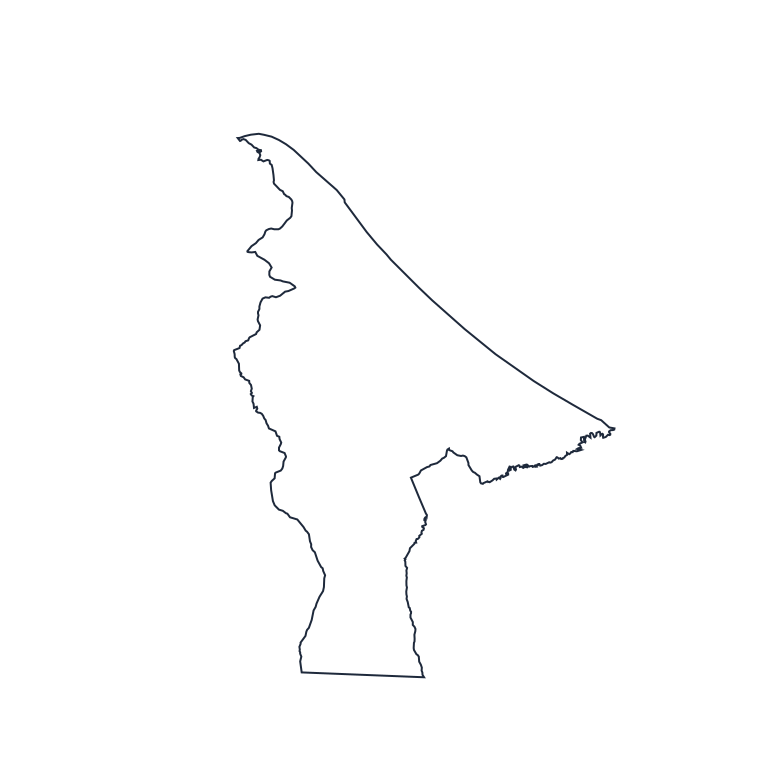 Pococi, Limón, Costa Rica, rotated 336°
{"feature_id": "36466004B96368575688704", "entity_name": "Pococi", "entity_type": "district", "adm_level": 2, "iso_a3": "CRI", "parent_name": "Costa Rica", "parent_adm1": "Limón", "projection": "albers", "projection_center": [-83.671, 10.502], "detail": "fine", "context": "isolated", "style": "outline", "palette": "slate", "viewbox_px": 768, "rotation_deg": 336, "n_neighbors": 0, "source": "geoboundaries", "source_scale": "gbopen_adm2", "svg_char_len": 6165}
<svg xmlns="http://www.w3.org/2000/svg" viewBox="0 0 768 768"><g transform="rotate(336 384 384)"><path d="M567.7,505.4L564.7,502.5L547.7,479.3L534.7,461.2L522.0,442.2L498.0,402.1L479.9,366.4L462.1,327.3L455.1,310.3L440.8,273.2L439.0,266.7L434.4,253.7L430.0,238.2L422.0,202.1L422.9,199.3L419.7,187.6L408.3,162.9L404.5,151.8L396.7,133.4L392.0,125.1L387.2,118.3L381.9,112.3L375.7,107.5L371.4,104.5L363.8,102.1L357.5,100.9L352.3,100.5L350.4,99.8L351.3,103.4L352.0,103.5L353.2,103.0L355.2,103.1L356.9,104.7L358.4,109.0L360.3,111.4L361.6,115.1L363.4,116.6L364.7,119.0L366.7,120.3L366.4,121.4L365.1,121.7L363.8,119.8L362.8,119.5L362.8,120.5L364.2,122.4L364.1,124.6L362.5,126.3L361.0,127.2L360.3,128.3L362.7,129.0L364.4,131.6L368.4,131.8L369.8,132.8L370.3,133.7L369.4,136.2L370.5,138.2L369.9,141.6L368.0,148.2L366.3,153.2L365.3,154.5L365.0,156.2L367.9,164.3L369.9,166.7L370.0,170.0L370.7,170.9L371.3,172.7L373.1,174.4L374.4,177.8L374.5,179.6L374.1,181.2L371.3,185.7L370.5,188.1L367.7,193.0L366.0,194.0L361.7,195.1L355.2,198.7L352.1,199.7L350.5,199.7L346.8,198.1L344.2,196.1L341.9,195.6L339.0,195.7L337.7,196.4L335.7,198.6L332.8,200.7L328.0,201.4L324.3,203.2L319.0,204.2L313.2,207.1L313.1,207.8L314.3,208.7L316.7,210.0L320.1,211.0L320.4,215.4L325.4,222.0L328.1,227.0L328.7,231.9L325.1,234.5L323.6,237.7L323.5,239.7L326.7,244.3L331.7,247.4L333.3,249.1L339.0,253.1L342.2,258.5L342.2,259.9L340.9,260.2L334.5,260.2L331.2,259.4L325.0,261.1L320.6,260.8L317.7,258.3L315.9,258.1L314.1,258.5L310.9,256.6L307.8,256.6L304.4,259.2L301.7,262.5L300.7,264.8L298.2,266.9L297.6,268.3L297.3,270.2L294.8,273.6L294.4,275.3L294.7,280.0L292.3,283.8L288.7,285.0L287.5,286.3L280.3,286.7L279.4,287.2L277.7,288.9L274.9,288.6L273.6,289.4L271.7,289.6L269.7,290.5L268.1,290.5L266.6,292.4L260.9,292.1L260.2,292.8L259.7,295.9L258.6,298.7L258.6,299.9L259.3,301.1L259.7,306.5L257.2,312.7L257.2,314.3L258.0,316.3L257.6,316.9L256.7,316.8L256.5,318.4L258.5,320.8L259.0,323.3L262.1,326.3L261.4,328.2L262.1,330.8L261.3,334.5L259.5,336.4L259.7,338.4L258.2,339.0L258.5,340.7L259.7,342.0L258.8,342.5L256.7,346.5L256.8,348.9L255.5,353.0L258.5,353.1L258.2,355.0L256.3,356.4L256.1,357.0L257.3,358.9L259.1,360.0L260.2,361.5L260.7,363.9L260.6,366.8L261.2,368.8L260.7,372.2L261.1,374.9L260.8,377.8L265.6,383.1L265.2,387.8L266.9,389.6L266.2,391.9L266.3,395.7L265.3,396.9L262.2,399.4L261.1,401.9L261.5,403.0L265.1,406.6L265.0,410.3L264.5,411.1L260.7,414.0L258.5,417.9L256.7,419.9L254.5,421.1L249.2,420.9L248.2,421.2L245.7,425.7L242.1,426.9L240.3,428.0L237.7,435.1L234.9,445.8L234.8,450.4L236.9,456.0L240.0,458.7L241.9,462.2L243.0,463.2L243.9,467.5L249.7,472.5L252.3,481.9L252.8,486.1L253.6,487.6L254.3,490.7L252.4,497.6L252.3,500.8L251.1,503.3L251.2,506.8L252.4,509.6L251.5,518.4L252.1,525.6L253.0,527.4L252.4,530.2L252.4,534.8L250.4,537.2L246.5,545.1L244.1,548.4L238.6,552.1L233.0,557.2L230.9,559.8L227.6,562.2L222.0,570.1L216.2,576.2L213.8,577.3L212.4,578.6L209.8,582.2L202.6,586.3L202.2,587.4L199.8,589.7L199.1,592.3L198.2,593.7L198.3,595.0L197.7,596.3L197.6,599.4L194.6,603.3L191.5,614.0L301.3,668.2L300.9,665.3L301.7,663.2L301.8,661.1L303.2,658.5L303.5,655.4L303.2,652.0L304.9,647.2L304.6,645.5L303.7,644.0L303.2,639.2L303.7,637.3L306.1,632.6L307.1,631.7L308.3,629.3L309.8,625.4L312.1,622.5L313.1,620.6L313.1,618.2L312.3,615.8L313.5,613.2L313.2,608.1L314.4,605.4L315.4,604.5L316.1,603.1L315.8,601.7L316.4,599.1L315.8,598.1L317.0,592.8L317.2,589.5L318.5,587.4L318.9,585.3L320.0,582.5L322.2,579.2L322.6,577.1L324.3,573.1L326.2,570.0L326.4,568.3L327.7,566.2L328.6,563.5L330.3,561.4L329.6,558.9L331.2,555.0L331.2,553.5L332.2,552.9L331.9,551.9L332.9,551.7L339.3,547.0L340.9,544.6L346.6,542.4L347.3,541.5L348.9,542.0L349.1,540.4L350.7,538.9L351.8,539.3L352.7,539.0L354.0,538.4L354.4,537.1L357.6,536.2L357.8,534.9L358.9,533.5L360.8,533.3L361.8,532.0L360.8,530.0L361.1,529.4L364.4,529.7L365.3,529.3L365.5,526.8L366.7,525.4L365.5,524.8L365.9,523.8L366.4,523.4L366.8,523.9L367.0,523.0L367.5,522.7L368.3,522.6L368.6,523.3L369.9,521.2L369.6,519.3L369.9,501.6L370.5,480.5L378.4,480.7L379.7,480.2L382.6,478.0L389.5,477.4L392.0,477.8L393.5,476.9L400.2,477.9L404.3,477.0L406.8,475.8L408.7,475.8L411.3,475.1L414.4,470.5L415.3,469.7L417.1,469.4L416.7,470.9L419.2,473.3L419.5,474.7L422.0,478.9L425.1,481.1L427.0,481.5L428.4,482.7L429.4,484.5L429.0,490.5L428.2,492.4L429.0,498.7L429.7,500.7L430.9,502.0L432.1,504.6L433.7,507.1L432.0,512.9L432.2,514.2L433.7,515.4L434.3,515.0L438.9,515.0L439.2,515.9L440.0,516.0L440.6,516.7L443.8,516.2L446.1,515.4L448.4,516.1L448.1,517.1L450.8,516.3L451.5,517.9L452.4,517.2L452.6,516.1L454.1,515.5L455.0,515.8L454.7,517.2L455.1,517.5L460.6,517.3L460.9,516.5L458.9,516.3L459.1,515.3L461.0,514.8L462.2,513.2L463.1,514.1L464.9,513.9L464.9,513.5L463.0,512.3L465.1,510.5L465.6,510.9L465.6,512.4L467.4,511.7L468.6,512.0L468.2,515.1L469.0,516.4L469.8,515.8L470.0,514.1L470.5,513.2L474.1,513.0L474.5,513.5L474.3,515.1L476.9,515.7L476.7,516.8L477.1,517.3L478.3,517.1L478.5,515.6L479.3,515.6L479.7,515.9L479.6,517.5L480.9,518.3L481.4,517.7L481.3,516.8L479.9,515.3L481.3,515.5L482.1,516.1L482.9,518.5L483.8,518.4L486.1,519.2L486.1,520.2L486.4,520.3L488.2,520.0L488.4,521.1L489.9,521.6L489.9,520.1L491.5,520.7L491.7,520.0L492.7,520.0L493.4,520.3L493.5,522.1L495.4,522.4L497.6,521.9L499.2,522.8L503.1,522.7L503.7,523.4L505.3,523.6L507.3,522.7L509.6,522.6L511.9,521.1L512.5,521.5L513.4,523.3L515.0,523.5L515.3,524.6L516.7,525.0L517.1,524.5L518.8,524.5L520.4,523.5L522.4,523.2L523.2,521.2L524.6,523.4L526.0,523.2L527.4,522.3L528.6,523.0L529.7,522.1L532.8,523.9L537.2,524.4L534.0,521.9L535.5,521.7L538.2,522.5L538.2,520.1L537.1,518.7L538.3,518.1L541.6,518.1L541.0,515.3L542.2,513.0L545.1,513.6L543.7,517.4L543.7,518.7L544.1,519.2L544.7,518.5L544.8,516.6L547.8,513.5L549.1,514.0L550.8,517.0L552.1,513.2L553.2,512.9L554.1,513.5L554.5,514.9L554.4,517.7L554.8,518.3L557.0,517.5L558.2,515.1L561.1,515.1L561.6,515.4L561.6,516.5L560.8,519.0L562.5,518.3L563.3,518.3L563.5,518.6L563.5,519.6L562.6,521.0L562.4,522.3L565.0,522.6L568.0,521.5L569.2,522.4L570.0,522.4L570.5,521.7L570.0,519.4L570.3,518.9L572.3,518.4L574.4,519.2L575.8,519.3L576.5,518.3L572.1,515.3L567.7,505.4Z" fill="none" stroke="#1e293b" stroke-width="2"/></g></svg>